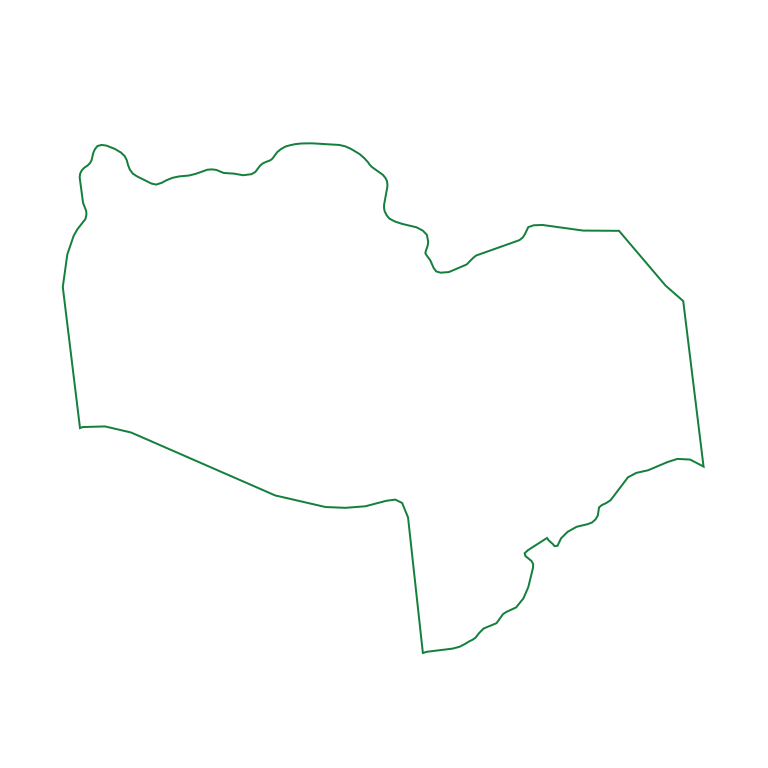 the border of Nkhata Bay, rotated 83°
{"feature_id": "MWI-1901", "entity_name": "Nkhata Bay", "entity_type": "District", "adm_level": 1, "iso_a3": "MWI", "parent_name": "Malawi", "parent_adm1": "", "projection": "robinson", "projection_center": [34.193, -11.585], "detail": "fine", "context": "isolated", "style": "outline", "palette": "green", "viewbox_px": 768, "rotation_deg": 83, "n_neighbors": 0, "source": "natural_earth", "source_scale": "10m", "svg_char_len": 2138}
<svg xmlns="http://www.w3.org/2000/svg" viewBox="0 0 768 768"><g transform="rotate(83 384 384)"><path d="M504.9,76.9L496.3,89.4L494.1,101.9L496.0,112.1L501.8,132.4L503.0,144.5L506.3,153.2L527.0,173.3L529.3,178.1L530.7,182.5L532.7,185.6L540.6,187.8L544.1,190.5L546.8,194.4L547.9,198.8L549.2,210.2L553.1,219.8L558.8,227.1L565.7,231.5L565.7,234.5L563.1,236.2L559.4,239.5L556.7,241.0L566.4,261.2L569.1,265.0L572.0,264.6L577.6,259.2L580.8,257.9L584.3,258.4L603.1,265.5L613.7,271.7L621.8,280.0L625.1,290.2L626.9,293.9L635.1,301.5L638.8,314.9L642.9,320.1L647.0,324.1L648.8,327.7L649.8,330.7L651.8,335.1L654.0,341.0L655.0,348.2L655.0,373.9L655.7,378.2L519.4,376.4L504.3,380.5L500.1,386.9L500.2,395.9L503.1,417.4L502.2,437.4L499.0,457.0L481.3,505.7L448.1,561.8L401.3,641.0L392.1,666.1L390.0,688.4L390.7,691.1L248.6,691.0L216.7,682.5L199.0,673.9L193.1,669.5L183.8,660.2L179.6,658.7L175.8,658.5L167.7,660.6L141.7,660.9L138.1,659.9L135.1,657.9L132.8,655.1L130.9,651.4L128.8,648.8L126.3,647.0L119.0,644.3L115.6,642.2L112.9,639.4L112.3,635.3L113.5,630.5L117.8,622.6L122.1,617.0L126.2,613.6L130.6,612.0L135.3,611.4L140.0,610.2L144.4,607.8L147.7,604.0L156.7,590.4L158.3,585.9L157.2,580.0L155.3,575.2L153.6,569.0L153.0,562.2L153.3,552.1L152.4,544.9L149.8,533.3L150.0,528.6L151.1,524.3L155.0,517.4L156.9,507.3L159.6,498.4L159.6,490.1L157.9,485.9L151.9,480.1L150.1,477.1L149.1,473.7L148.4,470.5L147.4,468.2L146.1,466.7L140.9,461.8L138.3,457.7L136.3,452.9L135.5,447.6L135.1,442.5L135.2,436.7L136.3,426.3L141.3,399.2L143.3,393.7L146.5,388.3L152.9,380.1L157.6,375.9L161.9,372.9L164.4,371.6L167.1,369.6L176.3,359.6L179.8,357.4L183.1,356.3L186.5,356.3L188.9,356.7L206.2,362.1L209.2,362.5L212.7,362.3L216.8,360.8L220.5,358.5L224.1,353.3L227.4,346.2L232.4,332.7L236.5,326.8L241.1,323.3L247.8,322.8L250.0,323.2L252.5,324.0L257.1,326.3L259.1,327.0L260.8,326.4L266.9,323.0L274.8,320.6L278.6,318.5L280.4,314.3L280.8,306.0L275.5,287.5L269.6,280.0L267.7,276.9L257.7,232.0L255.4,228.3L252.3,225.8L245.9,221.7L244.7,216.0L245.5,207.2L256.0,167.6L260.6,132.1L320.7,92.5L338.2,76.9L502.8,76.9L504.8,76.9L504.9,76.9Z" fill="none" stroke="#15803d" stroke-width="2"/></g></svg>